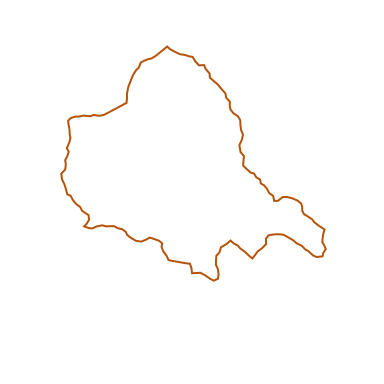 the district of Buritizal, São Paulo, Brazil, rotated 224°
{"feature_id": "56859067B17767714911841", "entity_name": "Buritizal", "entity_type": "district", "adm_level": 2, "iso_a3": "BRA", "parent_name": "Brazil", "parent_adm1": "São Paulo", "projection": "albers", "projection_center": [-47.71, -20.205], "detail": "fine", "context": "isolated", "style": "outline", "palette": "amber", "viewbox_px": 384, "rotation_deg": 224, "n_neighbors": 0, "source": "geoboundaries", "source_scale": "gbopen_adm2", "svg_char_len": 2322}
<svg xmlns="http://www.w3.org/2000/svg" viewBox="0 0 384 384"><g transform="rotate(224 192 192)"><path d="M53.4,236.4L55.3,239.5L56.1,243.9L60.3,245.6L63.5,246.5L65.7,249.2L68.4,252.9L70.6,257.1L77.7,255.8L82.7,255.2L86.7,255.8L91.5,254.9L95.9,253.9L99.6,255.0L102.5,257.9L105.4,259.5L110.3,259.1L115.5,257.1L120.2,254.4L123.3,251.3L124.0,245.4L126.7,242.7L131.0,245.6L135.6,244.8L140.6,246.5L144.8,246.8L148.4,246.0L151.6,248.2L156.0,247.2L160.1,248.4L163.4,246.7L168.7,246.5L173.5,246.5L177.3,250.9L179.5,253.9L184.7,254.4L190.5,258.6L192.5,264.4L195.3,268.8L199.8,270.7L203.8,273.9L207.2,277.2L211.7,278.4L217.1,277.4L221.9,278.2L224.6,280.1L227.7,283.3L232.9,283.6L236.4,286.1L243.7,286.7L247.8,287.3L253.3,286.9L258.6,286.7L261.6,289.4L268.1,290.1L271.4,291.7L275.0,287.9L280.6,288.3L285.4,289.6L288.5,287.5L292.4,285.6L296.3,282.8L300.9,281.2L307.3,279.4L310.9,279.4L311.4,274.9L312.1,269.0L312.7,264.5L313.9,259.9L315.9,256.9L317.6,253.1L318.8,249.5L316.7,244.4L316.9,240.9L315.7,235.2L313.4,229.6L311.0,223.7L307.0,217.4L304.0,214.4L301.0,210.6L308.9,186.3L311.5,182.5L316.4,178.9L317.8,175.8L320.5,173.6L323.2,171.6L325.4,168.1L328.1,165.5L330.6,161.1L330.6,157.2L327.8,154.9L324.1,152.3L320.0,148.5L317.0,146.4L314.7,142.4L312.5,136.6L308.6,135.3L306.5,130.9L305.3,126.7L302.0,124.3L298.9,120.2L298.7,114.3L294.3,110.8L289.3,109.0L285.1,106.7L279.9,103.7L276.8,105.0L272.3,103.5L266.8,102.9L262.0,103.5L257.9,102.1L250.3,103.5L246.8,100.5L245.7,96.2L245.7,92.3L241.0,94.4L238.3,96.7L236.7,101.0L233.3,105.8L229.9,107.6L226.9,110.8L224.4,113.3L220.2,114.4L216.6,116.7L212.0,117.3L209.0,116.1L204.3,116.5L198.3,118.0L194.1,121.0L192.0,125.7L190.7,129.9L186.8,131.8L181.7,134.1L177.7,134.3L175.7,131.3L171.7,129.4L165.7,128.4L161.6,126.7L157.9,129.0L153.3,132.2L147.1,136.3L143.7,139.0L139.6,136.9L135.5,133.6L129.9,139.7L124.2,141.3L118.4,142.2L114.7,143.4L113.1,147.6L115.7,151.3L119.8,154.5L124.1,156.2L127.0,159.2L130.1,162.9L130.3,167.5L132.8,172.5L131.0,178.5L130.6,183.8L125.7,184.1L121.9,185.3L118.2,184.9L112.7,185.7L106.5,185.8L102.4,186.1L102.8,190.0L103.5,195.1L102.6,199.9L102.5,206.1L106.2,209.5L106.9,213.8L104.7,217.0L102.3,219.9L98.7,223.2L96.0,225.0L85.5,227.6L81.2,227.8L75.9,229.5L70.6,229.4L67.3,230.3L60.6,230.5L57.2,231.8L53.4,236.4Z" fill="none" stroke="#b45309" stroke-width="2"/></g></svg>